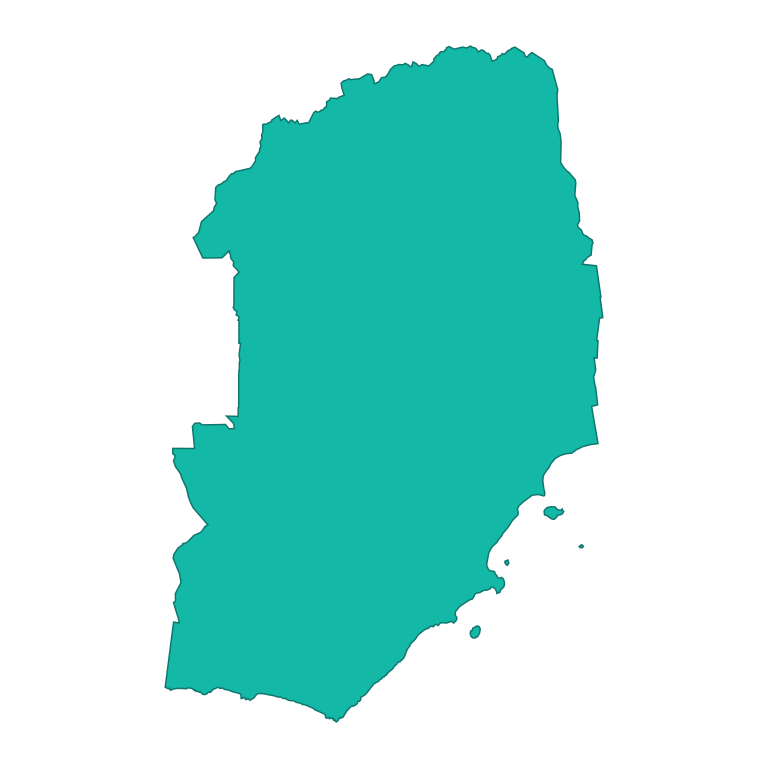 Victor Harbor, South Australia, Australia (Equal Earth projection)
{"feature_id": "25037944B26153550017793", "entity_name": "Victor Harbor", "entity_type": "district", "adm_level": 2, "iso_a3": "AUS", "parent_name": "Australia", "parent_adm1": "South Australia", "projection": "equal_earth", "projection_center": [138.549, -35.516], "detail": "fine", "context": "isolated", "style": "filled", "palette": "teal", "viewbox_px": 768, "rotation_deg": 0, "n_neighbors": 0, "source": "geoboundaries", "source_scale": "gbopen_adm2", "svg_char_len": 6056}
<svg xmlns="http://www.w3.org/2000/svg" viewBox="0 0 768 768"><path d="M462.5,47.1L454.0,49.2L449.1,46.5L446.5,47.8L446.3,49.5L444.9,50.2L444.1,51.5L440.3,51.9L438.6,54.6L436.5,55.8L433.8,59.1L433.8,61.3L428.9,65.9L422.1,64.6L419.8,66.0L418.5,65.9L416.4,63.6L413.1,61.9L411.5,66.8L409.8,66.4L408.2,64.8L405.1,63.4L403.0,64.9L399.0,64.5L393.8,66.2L390.6,69.3L387.8,74.3L385.4,77.2L381.5,77.6L378.6,82.1L374.2,83.6L373.8,83.1L374.0,80.6L371.6,74.6L367.5,74.0L359.1,78.9L353.7,79.2L351.8,79.8L348.6,78.8L346.5,80.2L344.0,80.7L341.1,83.1L341.9,88.1L344.2,95.3L339.1,97.1L337.4,98.5L330.5,98.1L329.3,100.3L326.5,101.9L326.8,104.3L326.0,107.6L324.8,107.5L323.1,109.9L321.1,110.2L319.8,111.6L317.6,112.2L315.6,111.1L313.6,113.0L308.6,123.0L306.1,122.8L299.3,124.2L297.1,120.4L295.3,122.9L291.5,120.0L290.4,120.4L288.8,122.9L284.3,118.1L280.8,120.6L278.9,115.4L271.8,120.0L271.4,121.5L265.9,124.3L263.6,124.1L262.7,124.9L262.9,131.4L261.6,135.1L262.0,138.6L260.0,141.9L260.9,146.1L259.5,149.4L259.8,150.8L255.4,157.8L255.6,160.7L251.7,167.0L249.7,168.4L235.3,171.7L233.5,173.7L231.7,173.6L229.4,176.0L226.0,180.9L223.5,181.8L221.9,183.7L218.5,184.8L215.7,187.5L215.0,199.9L216.6,203.4L214.3,207.1L213.5,210.8L201.5,221.6L198.8,232.2L195.0,236.6L193.2,237.5L202.8,258.0L222.1,257.8L228.8,251.1L229.7,251.1L229.4,252.9L230.5,254.6L230.5,257.0L231.2,258.8L233.7,262.1L233.2,265.6L239.1,272.1L234.0,277.6L233.9,306.1L233.2,307.4L234.3,309.8L236.9,311.5L236.2,315.1L238.7,316.2L238.8,318.2L238.0,320.2L239.0,320.5L238.9,343.3L240.6,343.4L239.1,354.5L239.9,360.7L239.3,362.9L239.4,370.0L239.0,370.1L238.7,377.1L238.7,407.1L238.2,407.6L238.1,416.4L226.5,416.1L233.6,423.5L234.4,428.5L228.9,428.8L225.5,424.5L202.3,424.9L199.6,423.0L194.8,423.3L192.5,426.4L192.5,427.3L194.6,448.5L172.8,448.4L172.8,453.7L174.9,455.5L175.0,457.4L173.5,460.6L175.3,466.3L180.5,473.8L181.6,477.5L186.6,488.4L188.3,496.3L190.2,501.8L193.2,507.8L207.9,524.9L205.1,526.4L201.6,531.5L200.2,532.6L193.8,535.5L187.8,541.7L185.3,543.2L182.8,543.6L182.8,544.6L177.9,548.2L174.2,553.9L173.1,558.2L179.6,574.0L181.0,582.6L175.4,593.6L175.5,601.1L173.5,602.5L178.8,620.0L179.1,622.9L173.6,622.1L165.2,687.3L168.2,688.7L169.6,688.3L169.9,689.8L171.2,690.1L173.4,689.0L177.6,688.3L186.5,688.7L188.1,687.8L192.0,688.4L194.2,690.2L194.7,689.8L195.5,691.2L196.2,690.9L199.7,692.2L200.2,691.8L202.9,694.3L204.3,694.6L206.7,693.9L208.4,692.1L210.4,692.3L214.0,688.7L215.4,688.6L216.8,687.6L218.3,687.5L220.0,688.3L222.6,688.1L224.7,689.5L227.7,689.8L232.5,691.7L239.9,693.6L241.0,695.0L241.1,698.5L242.7,698.4L243.0,697.7L243.8,697.5L245.5,698.1L245.3,699.1L246.2,699.7L248.2,698.5L249.4,699.9L250.4,700.2L251.6,699.0L253.3,698.5L257.3,693.7L261.8,693.5L273.9,695.7L278.3,697.2L280.3,696.8L283.4,698.5L285.1,698.5L288.9,700.4L294.1,700.9L296.1,702.3L300.7,703.3L302.2,704.4L304.9,704.7L313.2,708.3L315.0,709.8L324.3,714.0L325.1,714.7L325.8,717.8L326.7,718.2L329.3,717.4L329.4,718.7L331.5,718.1L332.5,718.8L333.3,718.3L333.6,720.3L335.1,720.1L335.3,721.1L336.2,721.9L337.8,720.9L339.6,717.6L340.5,718.2L343.0,717.2L346.4,711.5L351.0,706.5L354.1,705.9L356.9,704.0L358.2,701.3L359.4,701.3L360.6,700.0L360.9,697.3L364.9,694.9L366.8,692.9L373.8,683.9L378.9,681.0L379.3,680.2L381.4,678.9L382.9,677.2L384.2,676.8L385.4,675.3L386.7,674.8L387.3,673.3L393.0,668.5L394.3,666.2L396.8,664.2L397.2,663.1L398.5,662.0L399.8,661.9L403.2,658.6L404.2,657.2L407.3,649.2L410.0,645.4L410.4,644.0L415.4,639.1L418.2,634.8L423.8,630.3L426.8,628.6L427.9,628.6L430.7,626.3L432.7,626.1L433.3,626.8L435.0,624.7L436.2,624.4L438.1,625.5L440.2,623.2L441.4,622.7L446.6,623.0L451.7,621.3L453.6,623.0L455.8,621.0L456.8,619.0L456.8,617.5L455.3,615.3L455.3,612.4L456.0,610.9L459.1,607.1L461.4,605.2L469.4,600.0L472.5,598.9L474.3,595.9L474.6,594.3L476.7,593.1L479.6,592.6L484.2,590.2L486.8,590.2L490.3,588.7L491.0,587.3L492.4,587.1L494.8,588.3L496.9,592.0L496.8,593.4L499.8,592.4L500.7,590.0L503.7,586.9L504.5,584.6L504.4,581.8L503.2,578.7L501.5,577.4L499.4,578.2L498.3,578.0L497.1,576.6L496.6,575.1L495.1,574.0L494.7,571.9L493.7,571.3L490.4,570.9L488.3,569.3L486.8,565.7L486.7,564.3L488.7,553.0L490.8,548.7L493.0,545.9L496.8,542.5L498.6,539.5L501.3,536.4L502.8,533.5L507.8,527.6L512.4,520.5L517.7,515.1L518.3,513.0L517.4,509.1L518.8,506.0L523.0,502.0L532.2,495.2L538.4,494.5L543.6,495.9L544.5,495.6L544.8,492.8L543.8,488.7L542.8,481.1L543.2,475.9L545.5,472.0L549.1,467.3L551.1,463.3L555.3,458.4L560.3,455.5L565.6,453.8L571.9,453.1L576.2,449.8L583.1,446.5L590.2,444.6L598.0,443.6L591.6,406.4L597.7,404.9L595.5,386.4L595.1,386.4L593.6,377.2L595.7,370.1L594.1,357.8L597.1,358.1L598.0,340.6L596.6,340.4L599.6,318.1L602.8,317.6L600.1,297.2L600.9,297.0L596.4,265.8L582.3,264.2L583.7,261.2L585.8,259.5L587.6,257.1L591.1,255.1L592.1,244.5L593.0,243.5L592.1,239.9L587.9,237.4L587.3,236.5L583.3,234.7L581.1,229.7L578.4,227.6L577.4,224.9L579.6,220.9L579.5,218.3L579.2,212.9L577.7,206.6L577.9,202.6L574.8,195.5L575.8,182.9L575.1,179.6L569.0,172.5L566.4,170.6L563.4,167.0L560.6,162.5L561.1,142.0L560.2,134.0L558.0,128.3L557.7,124.0L558.4,121.0L557.0,96.0L557.7,89.6L552.2,69.3L549.4,68.0L546.6,65.1L544.4,60.7L531.9,52.5L528.4,55.4L527.4,57.0L525.4,56.5L524.0,52.9L514.9,47.1L511.4,48.5L510.6,49.7L507.8,50.7L505.9,53.0L503.8,54.3L502.3,53.5L500.6,55.7L497.8,56.6L496.7,59.4L492.1,61.3L490.1,55.2L488.2,53.2L486.7,53.5L483.1,50.2L481.1,50.1L478.5,51.8L475.5,48.1L473.0,47.6L470.5,46.1L466.8,48.0L462.5,47.1ZM544.5,514.8L547.1,515.7L551.4,518.8L554.0,519.4L556.5,517.3L558.0,514.9L560.1,514.9L562.5,513.7L563.7,511.4L562.6,510.4L562.2,509.0L561.0,510.2L558.7,510.1L556.3,508.6L555.3,507.0L551.2,506.7L547.2,507.5L544.7,510.0L544.1,511.2L544.5,514.8ZM478.1,626.0L476.6,626.1L472.8,628.3L472.2,630.3L470.7,630.9L470.2,633.2L471.1,636.5L472.6,637.8L475.1,638.0L475.9,637.1L477.3,636.9L478.6,634.9L479.6,632.9L480.2,628.8L479.2,626.8L478.1,626.0ZM507.4,565.3L508.8,562.9L507.9,560.0L505.2,561.1L504.8,562.2L506.0,564.6L507.4,565.3ZM580.0,547.5L582.4,547.7L583.4,546.3L581.7,544.7L579.2,546.4L580.0,547.5Z" fill="#14b8a6" stroke="#0f766e" stroke-width="1.5"/></svg>